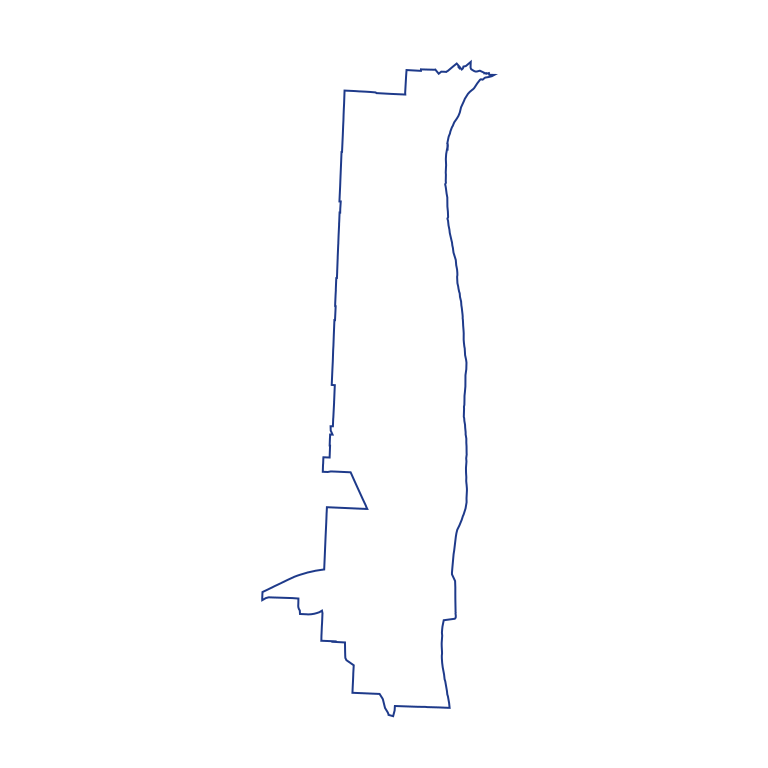 Holdfast Bay, South Australia, Australia (Mercator projection), rotated 186°
{"feature_id": "25037944B39543590028882", "entity_name": "Holdfast Bay", "entity_type": "district", "adm_level": 2, "iso_a3": "AUS", "parent_name": "Australia", "parent_adm1": "South Australia", "projection": "mercator", "projection_center": [138.52, -35.002], "detail": "fine", "context": "isolated", "style": "outline", "palette": "blue", "viewbox_px": 768, "rotation_deg": 186, "n_neighbors": 0, "source": "geoboundaries", "source_scale": "gbopen_adm2", "svg_char_len": 5699}
<svg xmlns="http://www.w3.org/2000/svg" viewBox="0 0 768 768"><g transform="rotate(186 384 384)"><path d="M284.9,68.8L285.9,73.5L287.8,80.1L288.6,81.9L289.3,85.2L292.0,94.7L292.9,96.8L293.9,101.4L296.0,108.4L297.0,112.7L297.8,117.3L298.1,119.8L298.1,122.0L298.3,123.6L299.2,129.3L299.5,131.7L299.6,133.3L299.8,139.7L300.4,142.7L300.5,145.7L300.5,148.9L299.9,155.3L289.2,157.9L288.8,158.2L288.3,159.2L288.3,160.0L288.4,160.9L288.5,161.7L288.7,162.4L288.9,163.3L288.8,164.2L289.0,164.7L289.1,165.2L289.1,165.7L290.5,177.0L291.2,183.3L291.8,189.1L292.7,195.5L296.5,201.8L296.7,203.6L296.8,208.2L297.0,222.0L296.8,225.9L296.6,239.6L296.4,243.0L296.3,243.8L295.9,246.7L294.2,251.3L292.5,257.1L291.7,261.0L291.2,262.4L289.9,268.7L289.5,275.0L290.0,279.1L290.4,286.8L290.6,288.5L291.0,290.7L291.4,292.8L291.6,293.6L292.1,296.1L292.3,298.7L292.4,300.0L292.9,302.9L293.2,304.8L293.7,309.0L293.9,315.4L293.9,315.5L294.5,318.8L294.4,322.6L294.6,323.7L295.4,330.6L296.0,334.2L296.4,338.2L297.2,341.2L297.5,342.1L297.8,344.7L298.7,349.0L299.1,351.6L299.2,352.1L300.2,355.6L300.7,358.4L301.2,359.7L301.8,367.9L302.0,369.0L302.1,369.8L301.9,371.6L302.3,376.4L302.7,380.6L302.7,384.4L302.8,390.0L303.9,401.3L303.8,404.4L303.7,407.3L304.2,413.8L304.9,416.7L306.4,421.3L306.6,422.7L307.5,428.1L307.7,428.6L308.1,430.0L308.7,432.8L308.8,433.2L309.4,436.4L309.8,440.4L310.0,442.6L310.4,445.1L311.4,450.5L311.8,453.2L312.3,456.3L312.6,457.3L312.8,459.4L313.2,461.5L314.6,467.8L315.3,470.4L316.0,474.4L316.1,474.5L317.6,478.8L317.6,479.0L318.2,482.1L318.9,483.6L319.0,483.9L319.9,486.7L320.4,488.7L321.5,491.9L322.3,496.9L322.5,498.4L322.4,500.0L322.7,502.3L323.3,505.5L324.0,507.8L324.6,509.7L325.5,514.4L325.6,514.9L328.6,521.9L329.5,525.6L329.6,526.2L330.6,529.2L330.8,530.2L331.2,532.0L331.7,533.3L333.9,539.7L334.4,541.2L335.1,544.4L336.4,548.5L337.4,553.2L337.9,554.3L338.1,554.8L338.2,555.4L337.8,556.0L337.7,556.8L338.5,562.2L339.5,567.1L340.5,575.8L340.5,576.0L341.7,580.1L341.9,581.0L343.0,585.6L343.5,587.4L344.0,588.8L344.0,589.2L343.6,590.1L343.5,590.8L343.8,592.3L344.3,598.5L344.7,600.7L345.0,605.8L345.1,608.1L346.0,614.1L346.1,616.1L346.2,619.4L345.9,623.8L345.3,623.8L345.4,625.0L345.7,625.0L345.7,626.7L345.4,626.7L345.4,627.4L345.5,628.2L345.8,628.2L345.9,629.8L346.2,629.9L345.6,636.3L345.4,637.3L344.6,640.0L344.4,642.0L343.6,645.2L343.2,646.6L342.5,648.1L342.2,649.3L341.5,651.6L339.3,655.6L339.2,655.8L338.0,658.4L337.0,661.9L336.3,667.2L334.1,673.7L333.4,676.1L330.8,681.4L329.5,683.1L329.4,683.3L327.2,685.6L326.5,686.2L325.4,687.5L325.0,688.2L322.7,692.7L320.9,695.6L320.3,696.6L319.4,697.2L318.0,697.0L317.7,697.0L315.8,699.0L315.1,699.4L312.1,700.2L308.9,701.4L306.7,702.9L310.4,702.6L311.7,702.6L312.2,704.2L314.6,703.3L314.8,703.8L316.6,703.5L316.6,703.9L321.4,705.6L324.3,704.5L325.6,704.3L326.9,704.6L328.0,705.1L329.1,705.6L330.3,706.3L331.0,707.7L331.3,711.6L331.4,713.4L335.7,708.9L336.5,708.5L337.4,708.3L338.2,708.0L338.3,707.1L338.5,706.3L338.9,705.6L339.6,704.9L341.2,706.5L341.8,705.8L343.0,707.0L342.3,707.6L345.2,710.3L348.3,707.2L353.3,702.0L354.1,701.5L354.6,700.9L357.2,700.8L359.7,700.6L362.0,698.3L365.2,701.4L365.8,702.1L366.7,701.8L371.7,701.4L379.4,700.8L380.1,700.8L380.0,699.3L383.9,699.1L394.4,698.6L394.2,692.5L393.4,675.9L393.1,674.1L408.2,673.2L418.4,672.7L421.9,672.5L422.8,673.1L428.2,673.0L432.9,672.8L436.6,672.6L439.8,672.4L443.3,672.3L453.9,671.7L453.0,658.7L452.7,653.2L452.3,647.1L451.9,641.8L451.6,636.4L451.0,627.3L450.0,610.4L450.5,610.3L449.8,599.6L449.3,591.6L448.8,583.7L448.3,576.2L447.4,560.9L446.1,561.0L445.8,553.4L445.5,549.9L446.1,549.9L445.5,540.7L445.4,538.3L445.3,537.7L444.7,527.1L444.2,519.7L444.1,518.8L444.1,517.9L443.3,505.0L443.2,504.4L443.2,503.9L442.4,492.0L442.4,491.4L442.3,490.9L441.9,484.5L442.5,484.4L442.5,483.8L441.8,472.8L441.7,472.4L441.5,468.1L441.0,459.8L440.9,458.4L440.8,457.0L440.7,456.3L440.2,456.3L439.4,442.4L440.0,442.4L439.0,426.9L438.5,419.6L438.3,416.6L438.1,412.4L437.3,401.3L436.8,392.4L436.3,384.3L435.9,377.6L432.8,377.7L432.5,372.7L431.8,361.7L431.8,361.1L431.7,360.5L430.9,345.3L430.9,344.8L430.9,344.2L430.4,336.6L432.7,336.4L432.1,332.0L431.4,330.9L429.9,328.3L432.3,328.1L432.1,325.1L432.1,324.5L431.6,317.1L431.2,317.1L430.4,305.2L436.6,304.8L436.6,304.3L436.2,298.5L436.2,297.9L436.2,297.3L435.7,290.3L430.8,290.6L427.7,291.5L423.2,291.8L408.0,292.7L407.2,291.4L404.9,287.4L403.1,284.3L401.0,280.7L398.7,276.8L397.1,274.1L393.1,267.3L389.4,261.2L388.7,259.8L387.6,258.0L388.6,257.9L396.4,257.4L409.9,256.6L427.9,255.5L427.6,250.5L427.6,249.9L427.1,242.6L427.1,241.8L427.0,241.0L426.2,227.1L424.1,193.3L425.1,193.1L425.6,192.9L425.8,192.9L432.7,191.1L433.8,190.7L439.8,188.7L440.2,188.6L441.3,188.1L447.1,185.7L450.0,184.4L453.2,182.8L454.1,182.2L455.5,181.4L459.2,179.2L468.7,173.3L471.7,171.5L473.4,170.4L479.8,166.4L483.1,164.4L482.7,158.0L482.5,156.3L479.2,158.7L476.4,159.8L471.9,160.1L466.7,160.5L452.8,161.5L446.7,161.7L446.3,157.2L446.1,154.3L445.8,152.9L445.1,151.3L444.1,150.0L443.5,146.5L436.5,146.9L435.4,146.9L432.4,147.4L429.4,148.2L426.8,149.2L424.4,150.3L424.0,150.6L422.0,152.1L421.2,149.5L421.2,148.9L420.9,144.4L420.6,139.6L420.5,136.9L420.0,128.9L419.9,127.1L419.5,122.5L419.5,122.1L411.7,122.6L406.5,122.9L407.1,122.3L405.2,122.4L397.3,122.8L395.8,122.9L394.7,113.8L394.2,110.0L393.8,107.5L392.5,105.4L384.7,101.1L384.3,92.9L384.1,90.4L383.8,85.6L383.5,80.2L383.2,75.3L383.1,73.6L373.7,74.2L363.8,74.8L356.0,75.3L352.5,70.9L352.0,69.9L349.7,63.5L349.1,61.9L345.9,57.7L345.0,56.0L344.9,55.4L340.2,54.6L339.3,60.5L339.5,64.3L339.5,64.9L320.9,66.2L316.7,66.5L309.0,67.2L307.8,67.2L307.1,67.2L295.5,68.1L287.4,68.6L284.9,68.8Z" fill="none" stroke="#1e3a8a" stroke-width="2"/></g></svg>